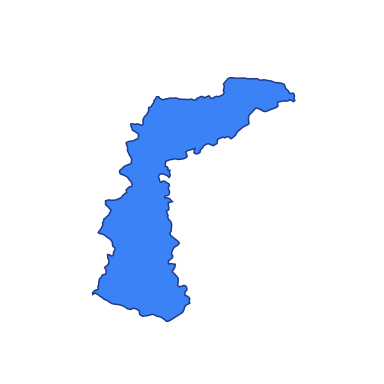 outline of Bom Jesus do Itabapoana, Rio de Janeiro, Brazil, rotated 60°
{"feature_id": "56859067B13557448343202", "entity_name": "Bom Jesus do Itabapoana", "entity_type": "district", "adm_level": 2, "iso_a3": "BRA", "parent_name": "Brazil", "parent_adm1": "Rio de Janeiro", "projection": "robinson", "projection_center": [-41.691, -21.09], "detail": "fine", "context": "isolated", "style": "filled", "palette": "blue", "viewbox_px": 384, "rotation_deg": 60, "n_neighbors": 0, "source": "geoboundaries", "source_scale": "gbopen_adm2", "svg_char_len": 5293}
<svg xmlns="http://www.w3.org/2000/svg" viewBox="0 0 384 384"><g transform="rotate(60 192 192)"><path d="M200.2,224.4L198.0,224.3L195.7,223.5L195.8,221.0L194.1,219.9L191.5,219.1L189.3,217.5L190.1,215.6L190.5,213.8L188.1,214.4L186.3,214.8L184.9,216.0L183.5,218.5L181.9,217.5L182.8,215.0L182.7,213.2L181.0,211.5L179.3,211.0L176.9,210.9L175.3,208.5L173.9,207.7L171.4,209.1L169.3,210.2L168.0,211.5L168.2,213.9L166.5,214.6L164.2,213.7L162.1,213.5L160.6,211.8L161.2,208.7L162.6,207.4L164.1,206.3L165.4,205.2L167.9,204.7L167.0,202.6L165.1,202.0L163.6,201.8L162.2,200.2L161.0,201.9L159.6,201.0L158.0,200.8L156.2,202.3L154.1,200.9L152.2,199.0L152.9,196.7L152.9,194.8L153.9,193.2L154.2,191.2L155.4,189.3L156.9,187.7L158.1,185.1L158.9,182.8L159.3,180.8L158.8,178.4L156.9,177.8L154.4,177.7L153.9,175.0L154.7,172.6L155.2,170.4L155.7,167.7L157.1,169.2L158.8,170.6L160.9,169.7L161.7,168.0L161.7,165.3L159.7,163.6L159.2,161.2L158.2,159.4L157.7,157.7L157.9,155.0L159.1,152.7L160.8,151.9L162.6,150.3L162.5,148.4L162.5,146.2L161.0,145.0L159.2,143.3L159.5,140.7L159.9,137.8L161.5,136.5L161.6,134.3L162.3,132.6L163.9,132.2L165.4,131.6L165.2,129.2L164.5,125.7L163.0,123.5L162.3,121.7L162.1,119.5L161.6,117.3L161.3,115.5L161.3,113.7L161.5,111.2L161.6,108.9L160.2,107.9L158.3,107.3L155.9,105.9L154.4,104.6L153.6,103.1L153.0,100.4L152.0,97.5L151.3,94.5L153.7,92.2L155.8,90.9L157.8,89.8L159.2,88.0L159.7,84.2L160.0,82.0L160.4,80.1L160.7,78.3L161.0,76.2L160.4,74.5L158.8,74.0L157.3,73.1L157.5,71.1L158.2,69.3L158.8,67.4L159.9,65.8L161.1,63.2L161.0,61.4L162.4,60.1L164.4,59.0L164.2,57.2L161.9,56.9L160.2,55.3L158.7,54.8L157.1,54.8L156.2,56.9L154.9,58.4L153.1,57.9L150.9,58.6L148.7,59.0L146.1,58.4L144.5,58.5L143.2,59.6L141.5,61.3L140.1,63.2L139.0,65.0L137.2,66.5L135.6,67.8L134.5,69.1L133.5,70.4L132.3,71.8L130.8,73.5L130.0,75.5L129.2,77.2L127.8,78.1L126.3,79.0L125.1,81.4L123.9,83.4L122.8,85.6L121.2,87.8L119.9,89.1L118.8,91.0L117.1,93.9L116.0,96.2L114.8,97.9L113.3,99.8L112.1,101.8L111.7,104.1L112.4,105.7L113.1,108.1L114.2,110.8L116.2,111.0L118.2,112.5L119.8,114.2L121.8,114.3L123.2,116.4L123.0,118.5L122.8,121.1L121.3,123.1L121.0,124.9L121.3,127.0L120.0,129.1L117.3,129.0L116.7,132.2L116.7,134.1L114.8,134.9L113.7,136.7L113.7,138.9L113.4,140.9L114.2,143.0L112.9,144.8L111.0,146.4L110.4,148.6L108.9,150.7L107.4,153.2L106.0,155.5L104.1,157.5L102.6,158.7L101.8,160.3L101.0,162.2L99.7,163.9L99.0,166.3L98.1,168.4L97.8,171.0L96.2,172.0L94.8,173.1L92.9,173.2L91.8,175.1L93.1,176.9L93.8,179.2L95.2,180.1L96.3,182.3L97.7,184.6L97.3,187.4L98.7,188.2L100.0,189.0L101.3,190.8L102.4,193.0L102.9,195.1L103.7,196.7L105.1,198.5L107.3,199.6L108.9,200.3L108.8,202.7L106.4,204.4L105.3,205.9L104.9,207.9L103.2,209.1L102.5,211.1L104.4,211.9L106.7,212.0L108.5,212.7L110.2,211.8L111.8,210.8L113.4,210.1L115.4,209.4L117.2,210.6L118.7,212.3L118.3,215.2L118.3,217.6L117.3,219.5L116.5,222.0L116.4,224.4L118.7,225.2L120.9,225.3L122.4,226.4L124.3,227.3L126.7,227.4L129.0,227.8L131.5,227.5L133.6,228.1L135.3,229.1L136.9,230.7L136.5,233.3L136.0,236.4L136.1,239.0L136.8,240.6L137.1,243.7L138.8,244.9L140.7,245.0L142.5,243.3L144.7,241.7L146.8,240.5L148.5,240.4L150.7,240.1L152.2,239.7L153.8,239.7L155.8,240.2L157.1,241.9L156.2,243.9L156.8,246.4L157.4,248.1L159.8,248.8L159.8,251.2L160.4,253.8L161.5,256.1L161.1,259.3L160.8,261.9L159.7,264.3L158.9,265.9L157.6,267.4L156.8,269.3L156.4,271.3L158.0,272.3L159.9,273.2L162.2,272.3L164.1,271.9L165.9,271.6L167.4,271.1L168.7,273.3L170.2,275.3L170.6,277.7L171.3,279.9L171.4,282.0L173.0,283.1L174.1,285.0L175.6,285.4L177.1,287.2L178.4,289.4L179.4,291.8L180.3,293.5L181.8,292.8L183.4,290.9L185.5,289.3L187.2,288.7L189.2,287.9L191.2,286.8L193.3,286.3L195.5,286.0L197.4,287.0L199.5,287.7L201.8,286.7L203.6,287.7L204.7,289.8L206.1,291.0L207.6,291.8L207.2,293.8L205.1,294.7L204.0,296.4L206.0,297.4L207.4,298.0L209.0,297.9L211.1,299.0L212.8,300.7L213.2,303.1L213.6,305.4L216.2,305.5L218.7,306.3L219.9,308.1L219.2,309.8L219.3,311.7L220.6,313.4L220.8,315.4L223.0,317.4L225.7,319.2L226.8,320.7L229.1,321.7L229.1,323.6L228.6,325.6L229.7,328.6L231.1,329.2L230.9,327.2L232.1,325.8L234.0,324.6L236.5,323.7L238.2,322.6L239.7,322.2L241.4,321.5L242.7,320.3L244.2,319.4L246.1,318.6L248.6,317.1L250.5,315.0L252.2,312.8L253.4,311.2L254.7,309.8L256.9,308.2L258.7,307.2L261.1,306.1L263.2,303.6L263.3,300.9L264.8,299.4L266.2,298.3L268.3,297.1L270.0,297.7L271.7,298.5L273.3,297.9L275.1,296.7L275.6,295.0L276.6,292.9L277.3,290.6L277.8,288.5L278.6,286.6L280.7,285.4L282.3,284.2L283.5,282.7L285.6,280.9L287.0,280.4L288.6,279.6L291.3,278.8L292.2,276.3L292.2,274.2L291.6,260.4L290.3,258.3L287.6,255.5L287.0,253.1L287.2,249.6L285.4,249.2L283.5,247.4L281.6,247.4L279.3,248.5L278.1,249.8L276.7,249.2L275.1,247.8L274.2,245.3L272.6,244.5L270.3,244.4L268.8,245.7L268.4,248.2L267.6,250.7L265.5,251.1L263.7,249.6L261.3,247.8L259.5,247.1L257.2,247.5L255.6,247.8L253.8,248.2L252.1,249.0L250.5,248.3L249.6,245.9L248.1,244.0L246.2,242.6L244.8,244.5L243.5,245.8L242.6,248.5L240.0,246.8L239.5,244.2L239.3,242.0L237.7,240.5L235.5,240.8L233.5,239.1L232.1,237.2L231.2,235.3L230.9,233.4L230.9,230.7L229.9,228.5L227.3,228.9L225.2,229.7L222.9,230.7L220.7,231.5L218.9,232.2L216.5,231.8L215.3,229.5L214.0,228.6L212.4,227.6L210.8,226.3L208.6,225.4L206.6,225.3L204.4,225.8L201.9,225.8L200.2,224.4Z" fill="#3b82f6" stroke="#1e3a8a" stroke-width="1.5"/></g></svg>